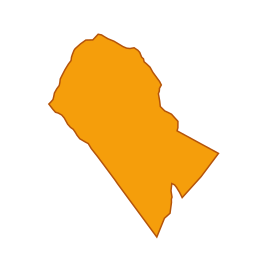 outline of Santo Inácio, Paraná, Brazil, rotated 309°
{"feature_id": "56859067B19800115986523", "entity_name": "Santo Inácio", "entity_type": "district", "adm_level": 2, "iso_a3": "BRA", "parent_name": "Brazil", "parent_adm1": "Paraná", "projection": "robinson", "projection_center": [-51.799, -22.725], "detail": "fine", "context": "isolated", "style": "filled", "palette": "amber", "viewbox_px": 256, "rotation_deg": 309, "n_neighbors": 0, "source": "geoboundaries", "source_scale": "gbopen_adm2", "svg_char_len": 1167}
<svg xmlns="http://www.w3.org/2000/svg" viewBox="0 0 256 256"><g transform="rotate(309 128 128)"><path d="M96.8,51.4L95.3,57.6L94.6,61.7L95.7,64.4L96.4,68.3L95.7,72.1L93.0,78.7L92.3,82.9L92.5,86.3L91.4,90.0L90.3,92.9L89.3,97.3L90.3,103.9L90.9,106.9L90.1,109.1L88.9,112.4L86.7,122.2L84.6,130.5L79.5,150.3L78.2,154.7L61.4,219.0L80.8,213.1L88.2,214.3L97.4,208.7L100.0,206.5L102.0,205.7L106.3,200.9L112.4,197.0L113.1,199.9L112.4,203.1L111.5,205.5L110.6,208.2L108.0,213.9L136.2,215.4L165.2,214.3L160.3,187.7L157.2,170.9L156.7,167.9L159.6,166.6L164.6,162.6L166.1,153.1L165.3,149.4L164.4,145.9L164.7,142.4L165.0,139.6L169.1,135.4L173.8,130.0L176.4,129.1L178.6,127.5L182.4,126.8L184.0,123.3L186.9,112.3L189.1,106.9L189.5,102.2L189.6,98.8L191.5,96.5L191.6,94.1L192.8,91.9L194.1,89.6L194.6,86.8L194.2,82.3L191.0,79.5L189.2,76.7L188.1,72.9L186.6,62.4L184.7,56.2L184.0,51.5L183.7,48.9L182.1,45.8L174.3,45.2L169.8,39.9L163.7,38.2L156.4,37.0L154.3,37.2L150.4,38.4L147.5,39.5L144.6,41.3L140.0,41.5L133.9,42.3L128.0,43.5L123.5,44.5L120.5,46.4L117.8,47.8L113.5,48.0L108.9,48.8L105.7,50.5L102.9,51.8L100.0,51.7L96.8,51.4Z" fill="#f59e0b" stroke="#b45309" stroke-width="1.5"/></g></svg>